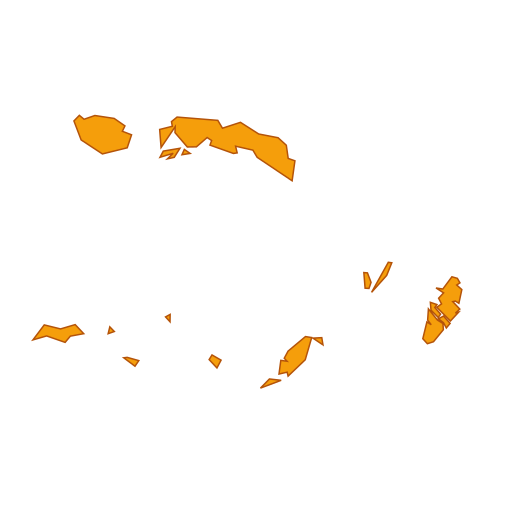 an SVG outline of Maluku, rotated 8°
{"feature_id": "IDN-554", "entity_name": "Maluku", "entity_type": "Province", "adm_level": 1, "iso_a3": "IDN", "parent_name": "Indonesia", "parent_adm1": "", "projection": "mercator", "projection_center": [130.68, -5.566], "detail": "medium", "context": "isolated", "style": "filled", "palette": "amber", "viewbox_px": 512, "rotation_deg": 8, "n_neighbors": 0, "source": "natural_earth", "source_scale": "10m", "svg_char_len": 1970}
<svg xmlns="http://www.w3.org/2000/svg" viewBox="0 0 512 512"><g transform="rotate(8 256 256)"><path d="M281.3,156.3L281.3,176.5L243.4,158.1L238.2,151.6L220.5,150.1L223.0,156.5L219.4,157.6L195.0,152.6L196.0,147.8L191.1,145.5L181.8,156.2L172.8,157.6L158.6,145.1L158.0,139.2L146.9,161.8L143.0,144.1L155.1,139.2L153.6,134.7L158.5,129.4L199.3,127.0L205.0,134.1L222.0,125.8L241.7,134.8L261.4,135.8L270.6,142.1L274.3,154.9L281.3,156.3ZM115.9,153.3L113.4,166.8L89.7,176.3L66.7,165.4L56.9,147.6L61.5,141.3L66.7,144.5L76.9,139.3L96.4,139.5L108.1,145.4L106.3,151.1L115.9,153.3ZM464.5,283.4L457.6,293.3L442.2,281.6L446.4,277.6L442.7,272.4L446.9,266.4L438.7,262.6L445.6,262.7L452.9,249.3L458.5,250.1L461.7,254.2L458.8,256.8L464.5,260.6L463.5,274.6L459.7,272.9L457.2,273.8L465.2,280.2L461.4,284.8L464.5,283.4ZM322.5,329.0L319.2,351.9L304.5,370.5L303.0,366.7L295.2,369.7L295.1,355.9L301.4,355.9L298.2,353.3L301.0,345.7L316.2,328.9L322.5,329.0ZM96.2,356.9L83.3,361.2L79.0,368.1L59.8,364.3L46.8,370.1L55.9,353.7L72.6,355.4L86.5,349.1L96.2,356.9ZM451.8,302.9L443.7,316.2L437.9,319.0L432.7,314.7L434.4,297.5L439.1,299.7L434.9,295.6L434.1,284.4L444.6,294.2L450.5,296.8L451.8,302.9ZM165.7,159.9L161.3,169.7L154.8,172.1L159.7,165.8L147.2,171.6L149.6,165.0L165.7,159.9ZM235.9,364.0L232.9,372.3L224.0,365.1L226.2,360.1L235.9,364.0ZM391.4,243.8L388.1,257.1L375.5,275.9L387.9,243.8L391.4,243.8ZM373.6,266.1L372.4,272.4L368.5,272.7L365.1,257.4L368.7,257.2L373.6,266.1ZM446.9,287.9L445.0,291.5L436.8,285.2L435.1,277.6L441.9,278.9L440.2,282.1L446.9,287.9ZM154.5,375.9L151.5,382.0L139.2,375.2L142.5,374.3L154.5,375.9ZM457.6,295.7L454.5,300.8L450.9,295.9L445.4,292.8L450.0,289.4L457.6,295.7ZM286.4,375.9L298.2,375.6L278.8,386.2L286.4,375.9ZM332.5,327.7L334.7,334.7L323.8,329.4L332.5,327.7ZM179.1,325.8L180.0,333.1L174.9,328.9L179.1,325.8ZM170.2,160.4L176.5,163.6L168.6,166.0L170.2,160.4ZM121.1,346.5L126.2,350.5L120.4,353.5L121.1,346.5Z" fill="#f59e0b" stroke="#b45309" stroke-width="1.5"/></g></svg>